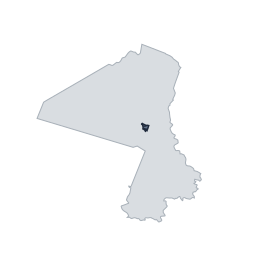 location of Dire, Timbuktu, Mali, rotated 292°
{"feature_id": "8926073B18441291459751", "entity_name": "Dire", "entity_type": "district", "adm_level": 2, "iso_a3": "MLI", "parent_name": "Mali", "parent_adm1": "Timbuktu", "projection": "natural_earth1", "projection_center": [-3.375, 16.321], "detail": "fine", "context": "in_parent", "style": "filled", "palette": "slate", "viewbox_px": 256, "rotation_deg": 292, "n_neighbors": 0, "source": "geoboundaries", "source_scale": "gbopen_adm2", "svg_char_len": 4532}
<svg xmlns="http://www.w3.org/2000/svg" viewBox="0 0 256 256"><g transform="rotate(292 128 128)"><path d="M53.6,189.2L53.7,188.3L53.0,187.7L53.0,187.4L53.4,184.8L53.3,184.1L53.6,182.8L53.2,182.3L53.1,181.8L52.0,180.1L51.7,178.7L51.2,177.8L50.0,177.5L49.5,178.3L49.2,178.4L48.7,177.8L48.6,177.4L48.6,176.9L47.0,174.7L47.1,173.5L47.7,172.8L48.0,171.8L47.4,170.6L47.5,169.5L47.4,167.9L46.5,166.5L45.9,165.9L45.3,164.9L45.8,162.7L44.8,160.8L46.6,161.5L47.5,160.8L48.3,159.9L49.0,158.6L49.3,157.0L49.5,155.6L50.2,153.5L51.0,152.5L52.8,151.0L53.3,151.1L56.1,154.3L57.7,155.9L58.3,156.7L58.8,156.7L59.7,155.2L60.5,153.8L60.9,153.5L63.8,153.3L65.3,153.6L66.6,154.0L68.5,154.1L73.5,153.1L73.5,152.5L73.5,151.7L73.7,151.1L74.1,150.6L74.5,150.5L74.6,152.3L75.0,152.6L76.2,152.7L113.1,152.6L114.7,143.3L112.0,140.0L102.8,40.1L120.3,40.1L123.4,42.4L179.8,86.3L180.0,87.7L180.0,89.7L180.4,90.3L181.2,90.9L184.5,92.8L184.7,93.1L184.8,93.9L185.2,94.9L185.9,95.4L186.7,95.8L187.7,96.1L190.6,96.4L191.2,96.9L192.5,98.6L193.1,98.9L197.1,99.9L198.3,100.3L199.7,101.1L200.5,101.8L200.5,104.6L201.0,106.3L201.0,106.8L200.4,107.5L200.3,108.0L199.6,109.4L199.7,110.0L201.1,111.0L201.8,111.3L202.5,111.3L210.8,109.5L211.2,134.9L210.8,135.3L210.7,139.8L210.1,142.5L209.0,144.4L208.4,147.3L208.0,147.9L207.7,149.6L207.1,150.5L206.0,150.9L204.1,152.8L204.0,154.3L199.5,153.5L199.2,153.5L198.9,154.5L187.4,154.9L181.8,155.3L178.2,158.7L175.9,159.0L173.1,158.8L171.6,158.8L171.0,158.9L170.9,159.6L166.3,157.8L164.6,158.4L164.3,158.2L164.1,157.8L163.3,157.6L162.0,157.7L161.0,158.0L158.1,160.6L156.5,161.3L153.6,162.9L151.6,164.3L150.9,164.6L149.7,164.6L148.8,164.9L148.0,168.0L147.4,168.3L143.9,167.1L143.2,167.3L142.6,167.6L140.7,169.5L139.7,170.9L139.2,172.9L139.3,174.1L138.9,174.5L138.1,174.6L136.4,174.2L135.9,174.4L135.7,175.3L135.8,177.4L135.4,178.8L134.4,179.3L133.7,179.8L133.1,180.0L132.6,179.9L129.8,177.7L128.9,177.4L127.8,177.6L126.8,178.5L125.0,180.7L125.2,181.5L125.7,182.4L126.1,183.6L126.0,184.6L123.5,186.0L124.1,187.1L124.0,190.0L122.8,191.3L122.4,192.1L121.3,193.1L120.3,193.6L117.1,194.3L115.9,195.3L115.3,196.0L115.2,196.8L115.3,197.7L115.9,199.6L115.7,201.3L115.2,203.3L114.7,204.2L113.2,205.3L113.4,206.6L113.6,208.5L113.3,210.9L112.9,212.6L112.5,212.4L111.1,212.5L109.6,213.0L109.1,213.4L109.0,214.0L107.7,215.3L106.9,215.2L106.0,214.8L105.6,214.5L105.6,214.3L106.1,213.2L106.1,212.9L105.6,211.0L105.7,210.5L105.5,209.1L105.4,209.0L103.7,209.6L103.7,209.9L103.9,210.8L103.8,211.0L103.2,211.0L102.3,210.7L101.4,209.8L101.2,210.1L101.1,210.8L101.0,211.5L101.3,212.9L101.0,213.5L99.6,213.4L98.4,213.5L98.1,214.0L98.0,214.6L98.3,215.2L98.2,215.5L97.7,215.9L96.8,215.2L94.2,214.5L94.0,213.6L93.7,213.6L92.9,212.4L92.5,212.4L92.2,212.6L91.2,212.5L90.3,213.5L89.6,214.8L88.9,215.4L87.9,215.7L88.0,214.9L87.7,213.8L85.4,212.4L85.1,211.8L84.5,208.7L84.5,207.8L84.7,207.0L84.6,206.4L84.4,205.9L83.7,205.4L83.0,205.2L82.1,205.8L81.7,205.9L81.3,205.9L81.0,205.7L81.1,205.4L82.1,203.7L82.5,203.0L83.5,202.2L83.8,201.8L83.8,201.4L83.7,201.2L83.1,200.9L82.1,200.1L81.5,200.0L81.1,199.7L80.6,198.5L80.4,198.2L79.9,198.1L79.5,197.8L79.6,194.9L78.6,192.7L77.8,189.9L77.3,189.2L76.5,188.7L75.6,188.3L74.7,188.2L73.8,188.5L74.3,189.6L74.4,190.1L74.3,190.6L74.1,190.9L72.8,191.3L71.1,192.3L70.5,193.5L70.1,193.6L69.4,193.5L64.8,191.5L62.9,192.3L61.6,194.1L61.3,194.7L60.7,195.2L60.4,195.2L60.1,194.8L58.8,192.2L58.2,191.5L57.5,191.5L56.8,191.9L56.2,192.8L55.4,193.7L54.8,193.9L54.4,193.8L52.5,192.0L52.4,191.6L53.3,189.5L53.6,189.2Z" fill="#d9dde1" stroke="#a8b0b8" stroke-width="1"/><path d="M135.4,146.5L135.5,146.5L136.4,146.4L138.0,146.3L137.7,144.6L136.7,143.8L136.7,143.6L136.5,143.4L136.4,143.3L136.3,143.2L137.2,143.1L137.3,141.4L137.4,141.2L137.4,140.9L137.3,140.5L137.4,140.4L137.4,140.2L137.4,139.9L137.3,139.7L137.5,139.5L137.3,139.3L137.0,139.2L136.8,139.2L136.7,139.2L136.6,139.3L136.6,139.7L136.6,139.9L136.5,140.0L136.3,140.3L135.7,140.7L135.6,141.0L135.5,141.4L135.2,141.2L135.0,141.4L134.6,141.5L134.3,141.7L134.0,141.9L133.7,142.0L133.4,142.1L133.0,142.1L132.9,142.1L132.7,142.2L132.7,142.5L133.0,142.8L132.9,143.0L133.2,143.2L133.4,143.5L133.2,143.7L132.7,143.5L132.4,143.9L132.4,144.5L131.9,144.9L131.6,145.2L131.5,145.4L131.7,145.5L131.9,145.5L132.2,145.3L132.5,145.2L132.8,145.0L133.2,144.9L133.3,145.0L133.5,145.0L133.6,144.9L133.7,145.0L133.8,145.0L133.8,145.3L133.7,145.5L133.3,145.7L133.2,145.7L133.0,145.8L133.0,146.1L132.9,146.1L132.8,146.3L132.7,146.6L135.4,146.5Z" fill="#64748b" stroke="#1e293b" stroke-width="1.5"/></g></svg>